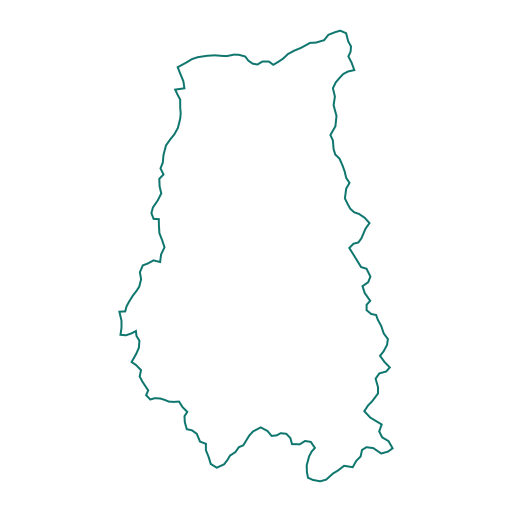 Ribeirão Grande, São Paulo, Brazil
{"feature_id": "56859067B45987470635802", "entity_name": "Ribeirão Grande", "entity_type": "district", "adm_level": 2, "iso_a3": "BRA", "parent_name": "Brazil", "parent_adm1": "São Paulo", "projection": "albers", "projection_center": [-48.356, -24.183], "detail": "fine", "context": "isolated", "style": "outline", "palette": "teal", "viewbox_px": 512, "rotation_deg": 0, "n_neighbors": 0, "source": "geoboundaries", "source_scale": "gbopen_adm2", "svg_char_len": 2768}
<svg xmlns="http://www.w3.org/2000/svg" viewBox="0 0 512 512"><path d="M161.1,254.4L160.1,262.0L153.5,260.4L147.8,263.5L142.8,265.4L139.9,272.2L141.1,279.3L139.2,286.8L136.5,290.9L132.8,295.7L129.1,301.6L126.6,306.2L125.2,311.4L119.4,311.7L121.5,320.8L121.5,327.8L120.5,334.8L125.9,335.3L131.5,333.4L135.9,331.0L136.5,336.0L139.4,340.7L138.9,347.7L136.2,353.9L131.6,362.0L136.1,365.1L141.0,370.1L139.7,376.6L142.5,381.8L148.2,390.4L146.1,395.2L150.3,399.5L154.8,398.2L160.1,398.5L164.5,399.8L168.8,401.6L173.5,401.9L179.1,401.6L182.5,407.1L187.3,411.9L184.5,416.2L184.8,422.2L186.8,429.2L191.9,430.3L196.8,433.8L200.0,441.6L205.9,443.8L205.9,450.2L208.6,456.9L210.8,464.0L216.8,467.7L224.1,464.3L227.5,459.9L230.0,455.6L235.4,452.1L238.8,447.2L243.3,445.3L246.7,439.7L249.4,435.4L253.1,431.4L260.7,427.4L267.5,431.0L271.6,435.9L276.6,435.4L280.7,433.2L286.3,433.8L290.4,438.1L292.0,444.1L299.8,444.3L305.0,441.0L310.8,441.9L314.9,447.9L311.6,451.6L309.1,456.4L306.7,465.3L306.9,472.1L308.0,477.7L312.8,479.9L320.2,481.3L326.2,479.6L333.1,473.4L337.7,470.7L344.1,465.8L352.7,467.2L356.3,460.8L360.6,456.5L362.0,450.0L366.4,447.2L373.3,448.1L381.2,453.5L388.0,451.6L392.6,448.3L388.5,441.1L382.1,437.3L379.2,431.4L381.7,424.5L370.3,417.6L364.3,411.2L368.1,405.4L372.2,401.2L378.0,393.5L378.0,387.1L375.6,378.7L379.3,373.4L386.2,371.5L389.8,367.4L384.5,362.0L380.0,355.8L383.5,351.5L387.0,345.0L387.9,339.1L383.7,333.4L381.2,325.9L377.8,319.7L376.1,315.0L371.2,314.0L366.6,310.2L366.6,304.8L370.2,300.8L364.7,293.0L362.5,286.2L368.2,282.2L370.4,276.6L366.5,268.7L361.1,267.1L357.5,261.2L353.3,254.4L349.3,248.0L353.5,243.7L358.3,242.5L361.3,238.5L363.3,233.9L365.5,228.7L369.5,223.1L364.6,217.7L358.9,213.9L354.2,212.3L350.3,208.8L347.6,203.9L344.9,198.4L346.2,188.6L349.5,182.9L346.2,177.9L344.7,171.6L342.6,165.7L339.5,158.6L335.3,154.6L333.6,149.2L332.9,140.5L330.4,135.0L335.4,126.3L336.5,116.0L333.6,105.2L334.9,96.6L332.9,88.2L335.8,82.3L339.2,78.3L343.2,74.0L348.0,71.5L354.3,70.1L351.6,62.7L348.4,56.4L350.6,51.6L351.0,46.4L348.2,41.3L346.1,33.2L340.3,30.7L335.3,32.1L328.4,34.8L324.1,40.2L315.9,42.6L310.0,42.9L301.1,47.8L293.9,50.8L288.0,54.0L282.9,58.8L278.0,62.0L273.3,64.8L268.8,61.5L262.5,61.5L257.5,64.5L252.8,63.7L248.4,60.7L245.2,56.5L238.9,54.8L234.1,54.6L226.8,56.1L222.2,55.9L214.7,55.3L207.0,55.8L197.7,57.2L192.0,59.1L186.6,62.4L177.7,67.2L179.7,72.3L183.4,81.3L184.4,88.3L175.2,89.6L177.3,94.2L180.2,99.6L180.2,107.4L180.7,113.3L180.2,118.7L177.9,127.9L174.3,134.4L170.4,139.2L166.0,145.4L163.5,154.9L162.8,162.6L160.5,168.4L163.5,174.5L159.3,178.8L159.6,186.5L161.3,193.4L157.8,200.3L152.9,207.5L151.4,213.1L153.6,218.9L158.8,219.1L158.9,225.0L159.4,233.2L162.0,239.8L164.5,247.3L161.1,254.4Z" fill="none" stroke="#0f766e" stroke-width="2"/></svg>